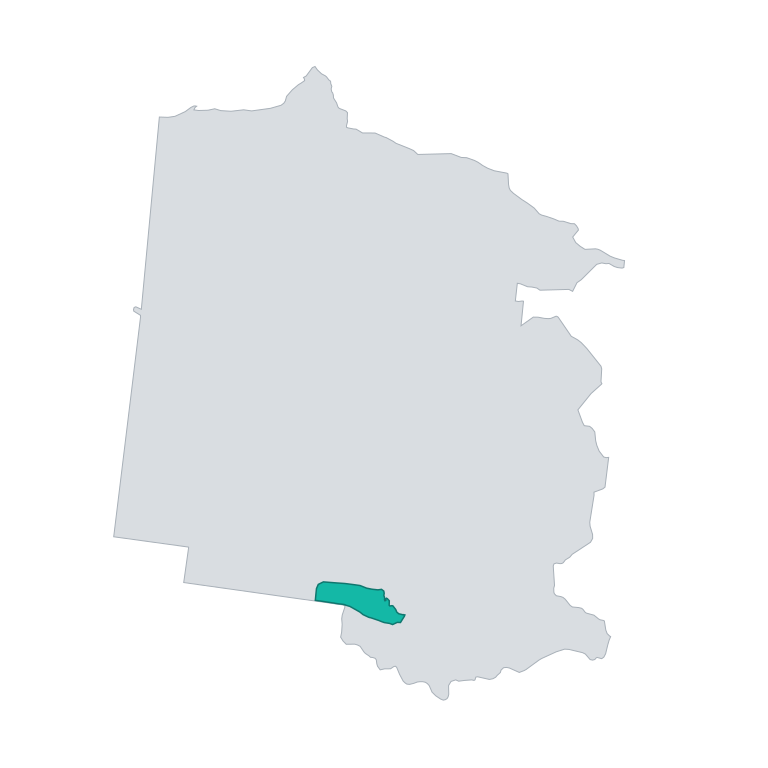 Um Baru, North Darfur, Sudan shown in context, rotated 278°
{"feature_id": "16777658B26622342825559", "entity_name": "Um Baru", "entity_type": "district", "adm_level": 2, "iso_a3": "SDN", "parent_name": "Sudan", "parent_adm1": "North Darfur", "projection": "albers", "projection_center": [24.187, 15.315], "detail": "fine", "context": "in_parent", "style": "filled", "palette": "teal", "viewbox_px": 768, "rotation_deg": 278, "n_neighbors": 0, "source": "geoboundaries", "source_scale": "gbopen_adm2", "svg_char_len": 4699}
<svg xmlns="http://www.w3.org/2000/svg" viewBox="0 0 768 768"><g transform="rotate(278 384 384)"><path d="M539.7,605.0L532.7,605.3L531.9,603.6L531.8,599.1L532.4,595.6L534.7,590.0L534.0,587.1L534.2,582.8L532.1,578.0L514.7,564.8L511.2,561.0L502.0,557.9L503.4,553.9L498.6,525.4L500.3,522.0L500.6,517.0L500.3,512.6L502.2,505.1L502.3,502.0L484.5,502.5L484.4,505.7L485.4,509.2L485.4,510.6L460.7,511.6L471.0,522.5L471.6,527.4L471.3,533.6L471.6,537.5L472.2,540.1L475.1,545.0L475.0,545.9L474.4,547.2L457.3,562.8L454.6,569.8L452.4,573.6L447.4,579.9L431.8,596.4L429.2,597.5L416.9,598.5L415.7,598.9L414.8,599.7L414.2,599.5L403.4,590.4L385.4,579.6L373.8,585.8L370.6,588.1L370.7,593.5L369.0,596.3L365.9,599.4L357.3,601.5L352.8,603.3L347.5,606.4L342.3,611.7L342.0,614.3L342.6,616.7L312.6,617.2L310.6,615.3L306.1,607.0L303.1,607.5L275.7,607.0L271.8,607.9L264.0,611.5L260.1,612.1L256.0,610.5L241.5,594.0L238.4,592.1L235.1,588.1L232.0,586.4L231.0,585.1L230.6,583.4L230.7,579.7L229.6,577.4L227.4,576.9L208.2,580.9L205.4,580.5L201.4,581.2L200.0,581.9L198.3,584.1L198.1,588.6L197.6,590.9L196.1,593.4L190.7,599.1L189.4,601.6L189.7,607.8L189.4,610.9L188.5,612.4L186.1,614.8L185.3,616.2L184.3,624.1L181.3,629.0L180.6,630.7L180.4,634.1L180.0,635.2L171.2,637.9L167.9,639.7L165.9,642.4L165.4,643.6L161.7,642.6L156.9,641.9L147.7,641.0L144.1,639.7L142.3,637.8L142.9,633.0L142.0,632.0L140.5,631.1L139.6,629.0L139.8,626.5L144.6,621.0L145.6,618.0L146.9,604.0L146.6,599.8L142.8,591.9L134.1,578.3L132.0,575.7L121.1,564.5L119.8,562.8L117.2,558.1L120.2,547.7L120.4,544.9L119.7,541.9L116.9,539.7L114.5,539.4L111.3,536.7L109.2,535.4L107.3,532.9L106.1,529.5L107.1,517.4L106.5,515.7L103.7,515.3L103.0,514.4L103.2,512.1L101.7,505.1L100.1,499.3L101.0,496.2L98.8,491.8L94.4,489.9L85.7,491.3L83.0,491.0L81.2,490.2L79.9,488.6L79.2,486.7L79.9,483.9L82.4,478.7L85.5,474.5L91.7,470.7L93.4,468.6L94.4,466.4L94.6,463.7L94.2,461.0L93.5,458.4L91.7,455.1L90.1,451.1L90.0,448.4L90.9,446.5L92.5,444.3L98.7,439.8L105.0,436.1L106.1,434.8L105.7,433.2L102.9,430.1L102.0,424.2L100.4,420.0L103.6,416.9L106.0,415.8L109.7,414.8L111.1,413.5L111.6,411.0L111.5,408.6L112.8,406.8L114.6,403.0L116.0,401.3L120.9,396.9L121.9,394.0L122.3,391.2L121.0,382.8L123.8,379.2L127.3,376.3L132.4,376.6L140.2,376.0L145.6,374.8L149.4,374.8L158.1,376.4L159.0,375.7L159.5,373.5L159.5,213.3L194.9,213.3L195.3,213.0L195.1,137.6L416.2,133.6L418.1,133.3L421.3,126.1L422.8,125.6L425.0,125.9L425.9,127.5L424.2,133.3L617.1,124.4L618.0,133.0L620.0,139.8L626.1,149.3L631.0,154.3L632.9,157.1L633.1,158.5L633.0,159.8L631.5,158.4L629.0,157.6L629.0,162.2L630.6,171.6L633.0,178.1L632.0,184.3L632.8,194.6L636.0,206.9L636.0,214.9L641.2,233.2L645.7,243.3L648.1,245.7L650.6,246.9L655.3,247.5L662.6,252.3L668.4,257.5L670.6,260.2L673.4,263.2L675.2,262.6L676.3,261.6L678.2,264.1L687.3,269.0L688.8,271.5L685.8,274.3L682.5,278.9L681.0,283.0L680.1,284.4L677.4,287.1L676.9,288.3L675.7,289.2L674.4,289.3L671.5,290.9L668.8,290.6L666.1,291.6L665.2,292.6L663.1,293.6L660.2,294.2L655.8,297.9L652.0,299.8L650.7,301.3L649.1,308.2L647.6,310.1L641.8,310.6L638.9,311.4L634.9,310.9L633.0,311.1L632.6,312.6L632.3,318.4L632.5,320.9L629.6,327.8L631.3,340.2L628.6,349.8L628.3,351.9L625.5,359.5L624.0,362.4L620.6,376.4L619.3,380.8L616.0,385.5L621.5,418.5L619.1,428.9L619.6,434.4L617.9,442.7L616.5,446.6L614.1,451.3L612.1,456.6L610.5,463.4L609.9,476.3L609.4,477.5L598.8,479.6L595.5,480.7L593.3,482.2L590.8,485.7L585.8,494.9L583.2,500.6L579.1,508.3L574.2,513.9L573.2,516.6L572.6,521.4L571.1,529.2L569.6,534.7L570.1,539.0L568.8,546.7L569.2,550.3L567.5,552.5L565.1,554.5L563.5,555.1L555.8,550.4L550.7,554.2L547.6,559.2L545.3,564.3L547.3,574.7L547.2,577.0L546.6,579.5L542.1,590.0L540.9,594.7L539.7,603.0L539.7,605.0Z" fill="#d9dde1" stroke="#a8b0b8" stroke-width="1"/><path d="M179.4,395.9L179.3,395.7L179.5,394.8L179.7,394.1L180.2,392.0L180.5,390.8L181.1,388.3L181.1,386.5L181.1,384.9L181.1,381.3L181.0,373.3L181.0,373.2L180.4,364.7L180.2,361.3L179.6,351.5L176.4,346.8L172.0,345.6L160.2,346.1L160.2,351.7L160.2,354.0L160.1,362.5L160.1,365.4L160.0,366.2L160.0,367.3L160.0,369.6L160.1,373.3L160.1,373.6L160.1,375.1L160.0,376.0L159.8,376.0L159.4,378.6L159.0,381.2L154.8,391.9L152.7,395.4L150.9,401.2L150.7,402.4L150.7,403.3L149.1,411.8L148.4,414.5L147.8,417.4L147.7,422.8L147.0,426.0L149.8,430.3L150.1,433.5L156.8,436.5L158.2,436.8L158.3,435.4L158.1,435.3L158.5,430.7L159.9,428.4L162.3,427.0L165.5,423.7L165.6,422.7L165.0,420.8L165.6,419.9L167.5,419.7L170.1,419.4L170.8,418.5L171.9,417.2L172.2,416.2L171.4,415.7L169.9,415.9L169.5,415.1L170.4,414.5L171.8,414.5L173.2,414.0L174.5,413.3L176.8,413.3L178.9,412.6L180.3,410.1L179.3,406.7L179.1,400.5L179.4,396.0L179.4,395.9Z" fill="#14b8a6" stroke="#0f766e" stroke-width="1.5"/></g></svg>